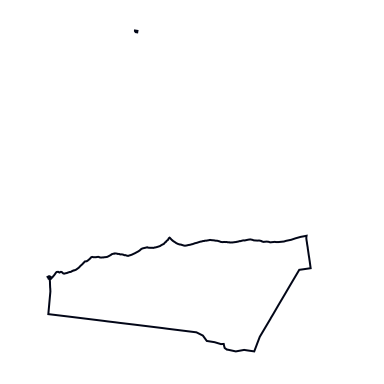 At Tuhayta, Al Hudaydah, Yemen, rotated 99°
{"feature_id": "15242507B5379899577344", "entity_name": "At Tuhayta", "entity_type": "district", "adm_level": 2, "iso_a3": "YEM", "parent_name": "Yemen", "parent_adm1": "Al Hudaydah", "projection": "equal_earth", "projection_center": [43.15, 14.086], "detail": "fine", "context": "isolated", "style": "outline", "palette": "ink", "viewbox_px": 384, "rotation_deg": 99, "n_neighbors": 0, "source": "geoboundaries", "source_scale": "gbopen_adm2", "svg_char_len": 4959}
<svg xmlns="http://www.w3.org/2000/svg" viewBox="0 0 384 384"><g transform="rotate(99 192 192)"><path d="M335.1,314.8L334.3,293.6L334.2,290.7L333.1,259.1L333.0,254.8L332.7,247.4L332.6,243.5L332.0,228.1L331.7,219.6L331.0,199.7L330.9,195.0L330.2,174.3L329.9,165.7L332.1,158.8L334.8,156.1L335.0,155.9L336.8,154.1L336.8,149.7L336.8,146.2L337.7,139.6L337.1,136.9L337.3,136.8L337.7,136.7L338.5,136.4L339.0,136.2L341.0,135.3L342.2,132.8L342.1,132.7L342.6,123.8L339.8,115.8L339.8,113.1L339.7,105.6L333.5,104.3L331.5,103.9L324.4,102.4L322.4,101.6L316.1,99.1L304.8,94.6L304.1,94.4L302.4,93.7L300.2,92.8L290.1,88.9L278.5,84.3L269.8,80.9L252.1,73.9L251.2,70.9L248.7,62.9L242.4,64.8L239.9,65.6L239.5,65.7L235.5,67.0L234.5,67.3L231.6,68.2L230.3,68.6L230.1,68.7L228.9,69.0L226.8,69.7L225.3,70.2L224.2,70.5L221.5,71.4L220.3,71.7L219.7,71.9L218.4,72.0L217.3,72.0L218.4,75.0L219.3,77.6L221.6,82.6L223.7,86.6L225.5,91.4L226.5,93.4L227.9,98.7L228.3,101.1L228.3,102.5L228.6,103.5L229.1,105.4L229.5,106.9L229.2,108.5L229.3,110.5L229.5,111.3L229.8,112.5L230.1,113.5L229.9,115.2L229.6,115.6L229.4,117.8L229.8,120.1L230.1,123.4L229.8,124.8L229.7,127.0L230.2,128.7L230.8,130.3L231.4,131.8L231.5,132.2L231.6,132.3L231.8,133.8L232.0,134.4L233.0,136.6L233.0,137.1L234.0,139.2L234.0,139.6L234.5,140.6L234.8,141.9L235.1,142.7L235.3,143.6L235.5,144.0L235.7,145.5L236.0,146.7L235.8,147.3L236.0,148.2L236.1,148.7L236.0,149.3L236.0,150.0L236.2,151.2L236.2,151.7L236.4,152.6L236.5,153.2L236.7,153.7L236.8,155.7L236.6,156.6L236.4,157.4L236.4,157.9L236.2,159.1L236.3,160.5L236.4,161.4L236.3,162.6L236.5,165.1L236.5,166.5L236.7,167.3L236.9,167.6L237.8,170.2L237.9,170.5L238.0,171.3L238.1,171.7L238.2,171.9L238.5,172.3L238.6,173.0L238.9,173.9L239.3,174.6L239.6,175.5L239.7,175.9L240.5,177.5L241.3,179.0L241.9,180.4L242.0,180.8L242.5,181.7L243.3,183.1L243.6,183.8L243.7,184.2L244.2,185.1L244.4,185.7L244.7,186.4L244.9,187.2L245.6,188.8L246.0,190.0L246.2,191.0L246.1,192.1L245.9,193.3L245.8,194.4L245.6,194.8L245.8,195.7L245.7,196.2L245.6,197.1L245.4,198.1L245.2,198.7L244.9,199.7L244.6,200.2L244.5,200.4L244.1,201.3L243.8,202.1L243.5,202.5L243.3,203.2L242.9,203.8L242.7,203.9L242.6,204.3L242.0,205.1L240.8,206.6L240.6,207.0L241.1,207.5L241.6,207.8L242.0,207.9L243.0,208.2L244.0,209.2L244.3,209.4L244.9,209.8L245.3,209.9L246.0,210.7L247.5,211.6L247.9,211.9L248.3,212.7L249.2,213.8L249.4,214.1L250.3,215.0L251.1,216.5L251.8,217.9L252.5,219.5L252.6,220.1L253.2,221.2L253.3,222.2L253.4,222.8L253.6,224.2L253.8,225.8L253.8,227.1L253.6,227.6L254.1,228.7L254.7,230.2L255.1,231.2L255.5,232.1L256.1,233.0L256.6,233.5L257.0,233.8L257.9,234.5L259.1,235.8L260.3,237.4L261.4,238.8L262.6,240.6L263.3,241.6L263.9,242.7L264.4,243.8L265.1,245.1L265.1,245.9L265.0,246.9L264.8,247.7L264.8,248.1L265.0,248.6L264.9,249.3L264.7,249.9L264.6,250.7L264.6,251.5L264.7,252.5L264.9,253.0L264.8,253.6L264.6,254.1L264.6,254.6L264.8,255.7L264.6,256.4L264.7,258.6L265.1,259.1L265.0,259.4L266.1,261.7L266.7,262.1L267.9,263.6L269.3,265.5L269.5,266.1L269.7,266.6L270.2,268.6L270.5,269.2L270.5,269.7L270.8,270.8L271.0,272.0L271.0,273.2L270.8,273.5L270.7,274.2L271.0,275.6L271.2,276.0L271.5,276.9L271.6,278.0L271.8,278.8L271.8,279.6L271.7,280.1L271.8,280.4L271.8,280.5L272.1,281.2L272.3,281.4L272.5,281.5L272.8,281.7L273.0,281.9L273.4,282.0L274.0,282.5L274.7,283.1L275.1,283.4L275.4,283.7L276.1,284.3L276.9,285.2L276.9,285.4L276.9,285.5L277.0,285.7L277.2,286.3L277.4,287.0L277.7,287.2L277.9,287.3L278.0,287.4L278.4,287.5L278.7,287.8L278.9,288.0L280.2,288.8L281.6,289.9L281.9,290.2L282.3,290.5L283.0,291.0L283.8,291.5L284.5,292.0L284.8,292.3L286.0,293.5L286.8,294.3L287.5,295.4L287.7,295.7L287.9,296.2L288.0,296.4L287.9,296.5L288.0,296.7L288.6,297.5L288.6,297.8L289.0,298.1L289.1,298.3L289.3,298.5L289.9,299.3L290.1,300.0L290.2,300.5L290.3,300.6L291.2,302.3L291.4,302.5L292.0,304.0L292.3,304.8L292.6,305.3L292.6,306.3L292.4,306.7L292.2,307.0L291.9,307.5L291.6,307.8L291.5,308.0L291.4,308.3L291.4,308.5L291.4,308.9L291.4,309.1L291.6,309.4L291.9,309.7L292.1,310.0L292.3,310.4L292.2,310.6L292.1,310.8L292.0,311.2L291.8,311.4L291.8,311.7L292.0,312.6L292.2,313.2L292.7,313.6L293.0,313.8L293.4,314.0L293.7,314.1L294.5,314.5L295.7,315.1L296.8,315.8L297.7,316.3L298.4,317.0L298.5,317.1L298.5,317.3L297.6,319.2L297.5,319.6L297.6,320.0L297.7,320.4L298.4,321.2L298.5,321.0L298.0,320.5L297.8,320.0L297.7,319.8L297.7,319.5L297.8,319.2L298.1,318.4L298.5,317.6L298.7,317.2L298.8,317.1L299.1,317.3L299.1,317.5L298.9,318.2L298.9,318.3L299.4,317.5L299.7,317.7L300.5,318.4L300.5,318.6L300.4,318.8L300.1,319.8L299.8,319.8L299.5,319.9L299.4,319.9L299.2,319.8L299.1,320.1L298.9,319.9L298.8,320.0L299.1,320.2L299.7,320.3L299.9,320.2L300.1,320.1L300.2,319.8L300.3,319.4L300.5,318.9L300.8,318.8L302.4,318.4L303.1,318.2L304.9,317.9L305.9,317.7L308.4,317.2L309.2,317.0L309.5,316.9L312.5,316.3L315.6,316.1L335.1,314.8ZM42.3,273.3L42.9,272.6L42.9,271.1L41.4,271.1L41.4,272.7L41.4,273.6L41.8,273.6L42.3,273.3Z" fill="none" stroke="#020617" stroke-width="2"/></g></svg>